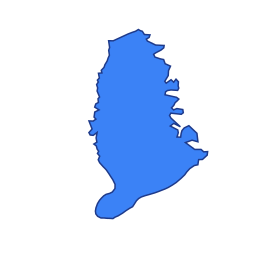 outline of Tiradentes do Sul, Rio Grande do Sul, Brazil, rotated 225°
{"feature_id": "56859067B95685031401719", "entity_name": "Tiradentes do Sul", "entity_type": "district", "adm_level": 2, "iso_a3": "BRA", "parent_name": "Brazil", "parent_adm1": "Rio Grande do Sul", "projection": "albers", "projection_center": [-54.122, -27.357], "detail": "fine", "context": "isolated", "style": "filled", "palette": "blue", "viewbox_px": 256, "rotation_deg": 225, "n_neighbors": 0, "source": "geoboundaries", "source_scale": "gbopen_adm2", "svg_char_len": 2060}
<svg xmlns="http://www.w3.org/2000/svg" viewBox="0 0 256 256"><g transform="rotate(225 128 128)"><path d="M182.5,205.7L186.3,206.5L188.2,205.5L190.3,205.0L191.1,201.7L192.6,198.7L194.5,194.4L200.1,179.2L203.4,176.0L197.9,171.9L196.6,169.3L192.6,166.3L191.5,163.4L190.1,160.6L189.1,156.5L187.8,153.9L187.7,149.9L185.4,148.5L187.6,145.8L183.6,143.1L183.5,140.2L181.5,139.5L180.9,136.5L177.8,134.9L176.0,132.3L170.0,129.8L169.9,127.5L167.0,125.1L167.8,122.2L166.3,119.2L161.3,120.3L162.8,115.8L159.7,111.7L157.0,111.6L157.5,108.3L160.6,105.4L152.7,101.9L152.4,97.1L149.8,96.3L147.4,98.2L146.7,103.0L143.5,98.4L140.0,96.0L140.8,92.5L137.7,92.9L135.0,91.3L132.3,90.8L131.6,88.4L128.1,88.1L126.6,84.5L123.5,83.4L118.2,83.1L115.7,83.1L113.5,83.0L108.3,82.0L105.7,81.4L102.2,80.7L97.3,79.0L94.4,76.0L93.8,71.7L94.7,68.9L96.6,65.6L97.2,62.8L97.2,59.4L97.0,56.7L96.1,53.0L94.2,48.9L92.3,46.2L90.0,44.5L87.0,44.1L83.6,45.2L81.1,47.6L78.8,49.5L76.9,51.3L74.6,53.3L74.1,55.9L72.9,58.8L71.6,64.1L71.0,68.1L70.1,72.3L69.1,75.6L69.7,78.5L70.6,82.5L70.6,85.7L69.8,88.7L68.1,92.2L65.8,96.3L63.2,101.1L61.6,104.5L60.3,107.5L58.7,111.1L57.5,114.4L56.3,119.0L55.4,123.5L54.9,129.8L54.8,135.0L55.4,138.6L55.6,143.0L54.6,148.3L52.6,151.4L55.7,155.6L53.1,158.4L52.8,164.8L55.0,167.6L57.6,164.7L61.2,164.5L65.7,160.0L77.1,158.3L74.1,164.7L68.8,167.7L75.5,173.0L86.6,172.7L88.3,167.8L88.0,164.3L86.6,161.8L84.3,158.7L87.0,156.3L89.1,160.2L91.4,161.8L99.5,159.3L98.9,163.6L91.8,165.9L104.7,165.4L107.5,166.2L108.2,168.8L100.0,175.4L99.7,177.9L102.3,179.8L107.2,176.3L108.6,173.0L111.5,173.0L111.6,176.3L112.6,179.2L112.4,182.1L112.5,184.4L115.4,184.0L125.3,177.7L127.0,180.1L126.6,182.4L124.5,185.3L119.5,189.7L120.3,192.1L122.3,193.2L125.0,196.3L128.6,196.5L128.1,192.7L131.7,192.6L132.7,186.7L135.0,187.0L136.6,193.5L139.9,197.2L141.7,201.8L147.2,199.7L151.2,201.6L154.1,199.7L159.1,197.2L162.0,198.2L161.6,200.6L159.7,206.7L159.4,210.0L160.8,211.9L167.1,206.2L175.8,203.2L177.9,203.8L177.1,206.9L178.3,209.4L182.5,205.7Z" fill="#3b82f6" stroke="#1e3a8a" stroke-width="1.5"/></g></svg>